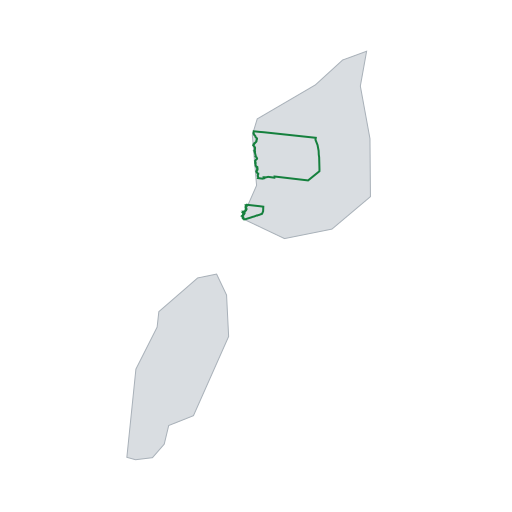 Palauli le Falefa, Palauli, Samoa (highlighted), rotated 96°
{"feature_id": "51752279B50623478209398", "entity_name": "Palauli le Falefa", "entity_type": "district", "adm_level": 2, "iso_a3": "WSM", "parent_name": "Samoa", "parent_adm1": "Palauli", "projection": "robinson", "projection_center": [-172.356, -13.707], "detail": "fine", "context": "in_parent", "style": "outline", "palette": "green", "viewbox_px": 512, "rotation_deg": 96, "n_neighbors": 0, "source": "geoboundaries", "source_scale": "gbopen_adm2", "svg_char_len": 4821}
<svg xmlns="http://www.w3.org/2000/svg" viewBox="0 0 512 512"><g transform="rotate(96 256 256)"><path d="M185.0,148.4L221.3,183.3L235.7,229.5L220.1,273.8L185.8,262.8L136.1,272.3L119.5,269.1L79.6,214.8L52.0,190.3L40.8,167.4L76.1,170.0L127.5,154.9L185.0,148.4ZM469.7,363.4L381.0,363.6L337.1,346.9L321.5,346.8L283.9,311.7L278.1,293.3L297.9,281.2L338.9,274.8L421.3,301.5L433.7,325.1L452.7,327.6L467.4,337.9L471.2,354.5L469.7,363.4Z" fill="#d9dde1" stroke="#a8b0b8" stroke-width="1"/><path d="M165.1,201.8L163.5,201.9L151.3,203.5L148.4,204.2L144.9,204.7L139.2,206.4L134.2,209.0L132.2,208.9L132.1,258.0L132.1,261.5L132.2,265.5L132.2,271.3L133.2,271.3L133.7,271.4L133.9,271.3L134.1,271.3L134.2,271.2L134.4,271.3L134.6,271.2L135.0,270.9L135.2,270.7L135.5,270.5L135.7,270.4L135.9,270.3L135.9,270.2L136.0,270.0L136.1,269.9L136.5,269.5L136.6,269.4L136.8,269.2L137.2,269.1L137.4,269.0L137.5,269.0L137.6,268.9L137.8,268.8L137.9,268.7L138.4,268.0L138.5,267.9L138.8,267.5L139.0,267.5L139.1,267.3L139.6,267.3L139.9,267.3L140.0,267.4L140.2,267.5L140.4,267.5L140.5,267.6L140.9,267.7L141.1,267.5L141.4,267.5L141.6,267.5L141.8,267.5L142.0,267.6L142.3,267.7L142.4,267.8L142.6,267.9L142.7,268.1L142.9,268.2L143.1,268.4L143.3,268.5L143.5,268.6L143.8,268.8L144.0,269.0L144.2,269.3L144.4,269.3L144.6,269.4L144.5,269.5L144.8,269.6L144.9,269.8L145.1,269.8L145.2,270.0L145.3,270.2L145.6,270.2L145.8,270.2L146.2,270.1L146.3,270.2L146.5,270.0L146.6,269.9L147.0,269.5L147.3,269.1L147.5,269.0L147.5,268.9L147.8,268.7L148.1,268.5L148.2,268.4L148.3,268.3L149.1,268.2L149.6,268.2L149.8,268.3L150.1,268.3L150.2,268.2L150.7,268.3L151.0,268.2L151.5,268.1L151.8,268.0L152.0,267.9L152.3,267.9L152.3,268.0L152.4,267.9L152.6,267.9L152.7,268.0L152.8,268.0L152.8,267.9L153.0,267.9L153.3,267.8L153.5,267.8L153.8,267.7L154.0,267.6L154.4,267.5L154.6,267.4L155.2,267.2L155.5,267.1L155.9,266.9L156.2,266.8L156.3,266.8L156.5,266.8L156.9,266.8L157.1,266.9L157.3,266.5L157.6,266.1L157.8,265.8L158.0,265.7L158.3,265.6L158.4,265.4L158.7,265.3L158.8,265.2L159.0,265.1L159.4,265.2L159.7,265.5L160.1,265.8L160.3,266.1L160.7,266.4L161.1,266.6L161.4,266.6L161.5,266.7L161.6,266.8L161.7,266.7L161.9,266.7L162.1,266.7L162.6,266.4L163.0,266.3L163.2,266.2L163.3,266.4L163.5,266.3L163.7,266.5L164.1,266.4L164.2,266.2L164.3,266.1L165.0,266.0L165.4,266.0L165.5,266.0L166.0,265.8L166.3,265.8L166.4,265.6L166.6,265.4L166.7,265.2L166.8,265.2L167.0,265.0L167.2,264.9L167.3,264.9L167.5,264.8L167.5,264.7L167.8,264.5L167.9,264.2L167.7,264.2L167.5,263.8L167.7,263.6L167.6,263.8L167.8,263.9L168.0,263.9L168.2,264.0L168.4,264.0L168.4,263.9L168.6,263.8L168.6,263.7L168.8,263.7L169.0,263.6L169.3,263.6L169.8,263.9L170.0,264.0L170.1,263.9L170.3,263.6L170.7,263.8L171.0,264.1L171.4,264.5L171.5,264.5L171.8,264.6L172.1,264.4L172.3,264.1L172.6,264.1L172.9,263.6L173.3,263.4L173.7,263.1L173.8,263.1L173.9,262.9L174.0,262.7L173.9,262.5L173.9,262.4L174.0,262.4L174.3,262.3L174.5,262.4L174.8,262.5L175.0,262.5L175.3,262.6L175.5,262.6L175.8,262.7L176.0,262.7L176.3,262.5L176.5,262.5L176.6,262.4L176.8,262.4L177.3,262.1L177.6,262.1L178.0,262.0L178.3,262.1L178.4,257.6L177.9,256.2L177.4,256.6L176.9,256.7L176.7,254.2L176.0,252.1L176.2,245.9L175.0,245.9L175.4,212.1L165.1,201.8ZM206.2,253.9L206.1,257.4L206.0,270.8L206.2,271.0L206.3,270.9L206.4,271.1L206.5,271.1L206.6,271.3L206.7,271.2L206.7,271.3L206.9,271.2L207.0,271.4L207.3,271.4L207.6,271.3L207.8,271.5L208.0,271.5L208.3,271.5L208.3,271.4L208.4,271.2L208.6,271.2L208.6,271.3L208.8,271.3L209.0,271.1L209.3,271.1L209.6,270.9L209.6,270.7L209.9,270.5L210.1,270.5L210.2,270.4L210.3,270.3L210.5,270.3L210.8,270.4L211.4,270.7L211.6,270.7L211.7,270.9L211.7,271.0L211.8,271.1L211.7,271.2L211.8,271.2L211.9,271.3L212.0,271.4L212.2,271.5L212.3,271.6L212.5,271.8L212.7,272.0L212.8,271.9L212.9,272.1L213.0,272.2L213.0,272.4L213.3,272.4L213.3,273.0L213.4,272.9L213.4,273.0L213.5,273.1L213.6,273.4L213.7,273.5L213.8,273.5L214.1,273.7L214.5,273.4L214.5,273.5L214.6,273.4L214.7,273.2L215.0,273.1L215.0,272.9L215.1,272.7L215.3,272.8L215.3,272.7L215.4,272.8L215.5,272.7L215.7,272.8L215.8,272.7L216.1,272.6L216.2,272.8L216.3,272.8L216.5,273.0L216.5,272.9L216.9,273.2L217.1,273.3L217.3,273.2L217.6,273.2L217.7,273.3L217.8,273.5L217.9,273.2L218.2,273.2L218.2,273.3L218.4,273.3L218.4,273.2L218.6,273.2L218.7,273.3L218.8,273.2L219.0,273.2L219.3,273.1L219.3,272.9L219.5,273.0L219.9,272.8L219.9,272.5L220.1,272.3L220.2,272.2L220.3,272.2L220.4,271.9L220.5,271.9L220.6,271.7L220.8,271.6L220.4,270.1L220.1,269.4L219.5,268.1L219.2,267.3L218.8,266.5L218.7,266.2L218.6,265.9L218.2,265.0L218.1,264.9L217.9,264.3L217.6,263.9L217.1,262.5L216.8,261.7L216.5,261.2L216.2,260.6L215.6,259.5L215.5,259.3L215.6,259.0L215.5,258.9L215.1,258.0L214.8,257.2L214.4,256.4L213.9,255.5L213.9,255.3L213.6,255.0L213.4,254.4L210.8,253.6L206.2,253.9Z" fill="none" stroke="#15803d" stroke-width="2"/></g></svg>